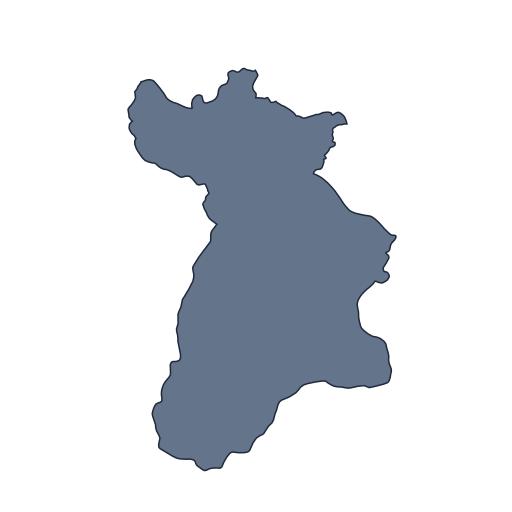 Lao Cai, Lào Cai, Vietnam, rotated 346°
{"feature_id": "81297802B32838967164839", "entity_name": "Lao Cai", "entity_type": "district", "adm_level": 2, "iso_a3": "VNM", "parent_name": "Vietnam", "parent_adm1": "Lào Cai", "projection": "albers", "projection_center": [103.995, 22.419], "detail": "fine", "context": "isolated", "style": "filled", "palette": "slate", "viewbox_px": 512, "rotation_deg": 346, "n_neighbors": 0, "source": "geoboundaries", "source_scale": "gbopen_adm2", "svg_char_len": 6055}
<svg xmlns="http://www.w3.org/2000/svg" viewBox="0 0 512 512"><g transform="rotate(346 256 256)"><path d="M300.2,75.7L300.0,76.0L299.5,76.1L298.4,76.1L297.2,75.7L294.9,74.3L293.4,73.7L292.4,73.2L291.7,72.7L290.6,71.6L290.0,71.2L289.4,71.1L288.3,71.1L287.6,71.3L284.5,73.0L283.6,73.2L282.8,73.2L282.0,73.0L279.3,70.9L278.1,70.4L277.4,70.4L275.7,70.6L274.6,70.9L273.8,71.3L273.2,71.8L272.8,72.6L272.6,73.5L272.6,76.4L272.5,77.0L272.0,78.2L270.6,80.1L269.5,81.3L268.2,81.8L264.4,82.2L263.1,82.8L261.8,83.6L260.7,84.7L259.8,86.0L258.4,89.4L257.6,90.9L256.6,92.1L254.8,93.7L251.4,95.0L247.7,95.4L245.8,95.6L244.1,95.3L243.1,94.8L242.4,93.5L242.2,92.7L242.2,89.2L242.1,87.6L240.3,86.1L237.3,85.8L234.3,87.3L232.3,89.0L230.5,92.4L229.8,96.0L230.0,96.4L229.8,96.9L229.7,97.1L228.8,97.1L225.9,96.1L224.0,95.0L221.3,93.0L216.5,89.1L212.7,86.8L211.5,85.8L209.3,83.7L207.5,81.2L206.1,76.5L203.3,69.8L201.7,66.3L199.2,61.6L197.7,60.3L196.0,59.4L193.9,58.9L192.2,58.8L186.3,59.3L186.0,60.1L184.9,60.9L182.6,62.8L180.6,65.5L178.6,66.8L178.1,67.4L177.8,70.3L177.4,72.8L177.4,73.5L175.3,76.1L173.5,77.7L171.7,79.2L169.3,80.8L167.4,82.6L167.2,83.6L166.7,89.1L166.4,91.0L166.7,91.5L168.0,94.7L168.6,95.3L168.0,95.5L165.2,97.5L164.2,99.9L163.8,101.5L164.0,103.5L164.8,106.2L165.1,107.0L167.2,109.9L167.5,111.7L167.9,112.4L167.9,113.0L166.4,114.7L165.8,116.5L165.5,118.2L165.8,122.3L166.6,125.6L169.5,133.3L171.6,136.6L174.7,138.9L177.9,140.6L180.2,141.4L181.5,142.9L183.3,145.7L185.1,147.7L187.6,149.5L190.1,150.5L193.7,153.1L201.3,160.8L202.5,161.4L204.3,161.7L206.7,161.5L209.1,162.0L210.8,162.7L212.9,165.6L216.1,172.2L217.7,173.2L218.3,173.3L222.9,173.4L223.6,173.7L224.2,174.4L225.1,178.9L225.0,181.0L225.5,183.0L225.5,183.5L225.2,184.1L221.9,186.2L221.0,187.8L220.6,189.2L220.0,190.0L218.4,191.0L217.4,192.1L216.9,193.2L217.3,197.8L218.2,201.3L218.6,203.1L218.7,204.7L219.9,208.4L221.6,210.8L225.7,215.7L219.1,221.1L217.7,223.1L215.5,230.8L200.3,243.2L193.5,249.8L191.8,251.8L191.4,254.6L191.2,258.4L190.6,261.2L188.7,265.1L182.8,271.9L175.9,278.8L174.2,280.3L170.7,287.5L167.6,291.5L166.2,293.7L164.0,302.8L161.3,307.4L160.8,309.8L160.8,313.7L160.2,317.7L159.6,319.9L158.9,333.7L158.0,336.8L156.5,338.6L154.5,339.0L152.8,339.0L149.8,338.3L148.8,338.4L147.4,339.4L146.5,340.8L145.0,347.8L144.2,350.6L142.6,352.3L137.6,356.0L135.3,358.3L133.4,360.9L131.8,363.9L130.8,367.0L130.2,371.7L129.5,373.9L127.8,374.8L126.0,374.8L123.0,375.5L121.0,377.5L119.1,380.2L117.2,383.7L117.0,386.3L117.7,395.1L117.2,398.3L117.2,401.6L118.5,406.7L118.7,409.5L116.0,415.2L115.5,417.7L115.7,418.6L116.4,419.8L120.3,423.7L126.6,430.0L130.1,432.9L133.0,434.4L138.7,436.2L143.3,437.2L146.5,439.1L147.1,440.3L147.4,442.5L147.6,444.0L148.3,445.4L152.3,450.2L154.0,451.7L155.9,451.9L159.4,451.2L162.0,451.2L166.5,452.1L169.9,453.2L170.7,452.9L171.9,452.3L174.8,448.4L179.1,443.9L182.5,441.4L184.3,440.6L185.8,440.5L191.6,442.7L197.1,444.0L200.8,444.1L202.7,443.2L208.2,436.3L212.4,432.7L215.7,431.5L219.6,430.6L220.6,430.1L227.0,424.1L231.1,421.8L233.5,419.0L235.9,414.4L238.8,410.2L241.3,405.7L243.4,403.3L245.7,402.1L254.2,400.8L261.7,398.3L264.8,396.2L267.6,394.0L271.2,392.6L275.1,392.3L283.1,392.6L290.0,393.3L293.4,394.3L295.2,396.7L298.4,399.8L299.9,400.9L301.9,402.0L304.2,402.9L306.6,403.6L312.8,406.3L314.6,406.7L316.3,406.9L323.0,407.0L329.3,407.9L330.7,408.6L332.0,409.8L333.3,410.4L334.0,411.1L341.1,411.3L348.6,411.2L352.5,410.8L354.0,410.2L355.1,409.1L356.8,406.4L358.2,403.0L359.2,401.2L359.6,400.0L359.9,398.0L359.2,392.4L359.3,390.7L359.6,388.5L360.3,386.6L360.7,384.2L360.8,381.8L360.6,376.5L360.7,372.7L359.6,369.8L356.8,366.3L354.6,364.6L352.9,363.6L351.0,362.8L349.5,362.0L345.6,358.4L344.5,356.8L343.1,355.2L341.1,351.9L340.5,349.7L340.5,343.5L340.8,340.3L341.9,335.1L342.1,330.5L342.4,327.8L343.1,325.8L344.6,323.4L346.7,321.1L349.2,318.9L352.0,317.1L355.5,315.1L358.2,313.9L362.5,311.6L365.4,309.3L366.1,309.5L368.6,311.3L370.5,312.3L371.8,312.6L372.7,312.6L375.5,311.9L377.7,311.0L379.5,309.3L380.2,308.4L380.4,307.5L380.4,306.3L379.9,304.8L379.6,303.9L378.8,303.1L376.8,302.2L376.4,301.3L376.2,298.8L377.0,297.8L380.7,294.3L383.6,291.1L384.5,289.9L384.7,289.0L384.7,288.0L384.0,286.4L383.0,285.4L382.8,284.7L382.9,284.1L385.6,283.6L387.1,282.4L389.2,278.1L390.5,276.5L394.4,273.9L396.2,271.9L396.5,271.0L396.5,270.3L396.1,269.8L395.3,269.4L393.8,269.0L392.3,268.2L391.0,266.8L387.1,260.6L383.9,254.3L381.9,251.1L380.5,249.0L377.8,245.9L376.0,244.7L370.9,242.6L364.0,239.2L361.8,237.9L360.3,236.8L359.0,235.7L357.4,233.9L354.9,229.2L353.4,225.7L351.5,220.1L348.0,211.2L346.0,207.3L343.3,202.5L339.6,197.2L337.6,195.0L335.1,192.6L331.7,190.1L332.3,188.9L333.1,188.1L334.7,187.0L336.6,186.9L338.7,187.2L339.9,187.2L340.4,186.9L341.3,186.3L341.9,185.6L344.2,182.0L344.9,180.3L345.0,178.7L345.4,178.5L347.1,178.4L347.5,178.2L347.7,177.9L347.6,177.2L346.9,175.7L346.9,174.9L347.1,174.6L349.2,173.5L351.7,171.6L352.4,170.9L353.2,169.6L354.4,168.7L355.0,168.6L357.4,168.5L359.4,167.6L359.9,166.3L360.1,165.1L360.0,164.9L359.6,164.5L358.2,163.9L358.0,163.6L358.0,163.0L358.1,162.5L359.2,161.3L359.4,160.8L359.5,159.8L359.3,158.3L359.3,157.1L359.6,156.1L360.5,154.7L360.9,151.7L361.5,150.9L362.3,150.5L363.4,150.2L365.7,149.1L368.7,148.8L371.0,149.3L373.9,149.3L376.2,149.9L376.2,146.8L375.6,142.9L375.1,141.6L374.2,140.0L373.0,138.4L371.6,137.0L370.6,136.5L368.8,136.4L365.2,137.5L364.1,137.6L363.9,137.4L363.6,135.4L361.5,134.1L359.6,133.6L356.3,133.1L355.3,133.1L350.8,133.8L349.7,133.5L348.7,133.3L338.8,133.9L335.6,133.9L331.8,130.9L328.8,129.7L327.7,127.1L326.7,125.5L324.2,122.3L319.7,117.7L317.4,116.1L313.2,111.8L313.0,111.1L312.7,110.8L312.3,110.7L310.3,111.1L307.7,110.6L307.2,110.0L307.1,109.0L306.1,106.1L305.7,105.3L305.3,105.1L304.6,104.9L303.6,105.3L302.9,105.4L302.3,105.3L299.7,104.0L295.9,103.0L294.7,102.5L294.0,102.4L294.5,101.5L295.1,99.5L295.3,98.6L295.2,97.8L294.2,96.0L293.8,94.8L293.5,93.6L293.6,91.4L293.7,90.6L295.5,87.7L301.3,81.5L301.5,81.0L301.4,79.7L301.1,78.8L300.7,76.7L300.2,75.7Z" fill="#64748b" stroke="#1e293b" stroke-width="1.5"/></g></svg>